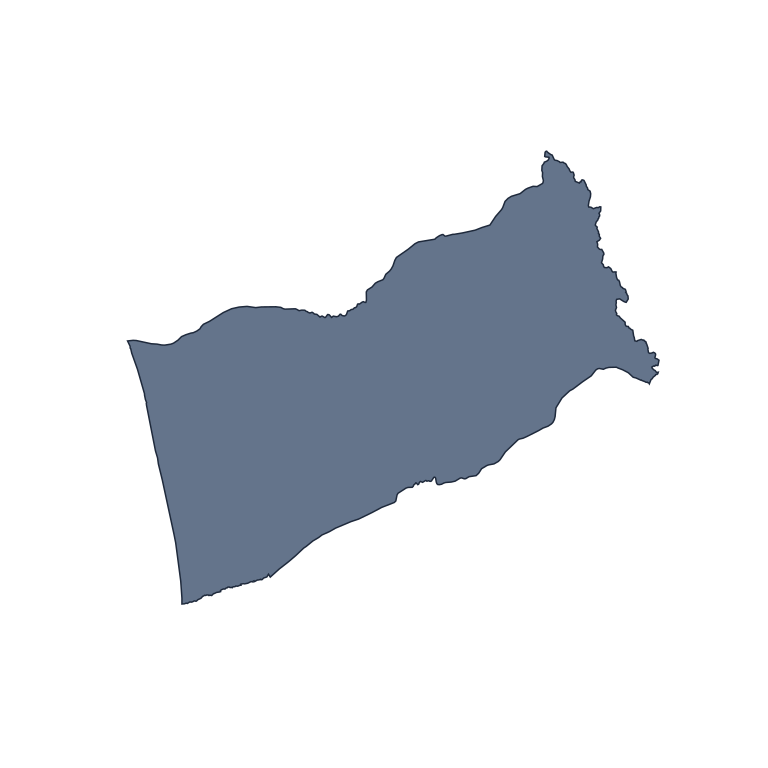 Ashburton District, Canterbury, New Zealand, rotated 108°
{"feature_id": "76426892B67490392619743", "entity_name": "Ashburton District", "entity_type": "district", "adm_level": 2, "iso_a3": "NZL", "parent_name": "New Zealand", "parent_adm1": "Canterbury", "projection": "orthographic", "projection_center": [171.372, -43.643], "detail": "fine", "context": "isolated", "style": "filled", "palette": "slate", "viewbox_px": 768, "rotation_deg": 108, "n_neighbors": 0, "source": "geoboundaries", "source_scale": "gbopen_adm2", "svg_char_len": 6171}
<svg xmlns="http://www.w3.org/2000/svg" viewBox="0 0 768 768"><g transform="rotate(108 384 384)"><path d="M118.4,285.8L118.0,288.4L118.3,290.5L118.0,291.4L114.3,294.8L114.2,296.6L113.7,297.7L113.6,298.6L112.7,300.7L112.3,301.2L112.8,302.0L113.8,302.4L117.9,301.5L118.1,300.7L117.4,297.2L118.0,296.7L120.4,297.1L121.9,298.2L123.5,300.1L124.8,300.1L127.6,301.1L132.1,299.9L133.9,298.5L137.7,297.5L141.2,295.3L143.4,295.0L144.4,295.3L148.9,299.4L149.9,303.3L153.3,307.7L155.2,309.6L160.9,313.4L166.1,320.8L169.1,323.4L172.9,325.3L179.5,325.6L181.8,326.1L190.1,329.6L200.1,332.4L204.9,339.2L209.5,344.8L216.1,356.1L220.0,363.6L220.3,364.7L224.3,370.9L224.5,371.8L223.6,374.1L224.0,375.0L225.8,377.1L228.8,379.5L230.6,380.4L238.2,395.1L241.0,397.9L248.3,402.6L259.8,411.3L263.0,411.9L268.9,412.0L272.5,412.7L274.9,413.6L279.1,416.2L283.6,416.7L285.2,417.3L288.6,421.4L290.8,423.4L295.5,425.4L299.6,428.8L301.9,429.3L309.7,426.6L312.0,426.5L312.3,427.2L312.1,429.1L312.9,430.1L315.5,432.0L315.8,433.3L316.2,433.8L319.0,433.9L320.2,434.8L320.7,435.7L322.6,436.7L323.3,438.2L324.9,439.3L325.8,441.1L329.7,441.2L331.1,442.1L331.6,442.8L331.8,444.5L331.8,445.2L331.0,446.6L331.2,447.3L333.7,448.4L334.7,450.0L335.1,453.2L336.9,454.4L335.2,457.3L335.1,458.1L335.4,459.1L338.7,460.2L339.1,460.7L338.5,463.7L338.8,464.4L340.1,465.6L338.5,469.4L339.0,471.9L338.4,472.9L338.0,474.6L339.4,476.4L339.3,478.4L338.9,479.2L338.9,480.6L338.3,482.1L339.2,485.2L340.5,487.4L339.9,490.4L339.9,491.7L343.4,501.3L343.5,503.2L343.0,505.8L344.0,510.8L348.6,524.4L351.0,529.6L352.5,538.2L355.6,545.6L359.5,552.2L365.7,558.9L378.4,569.4L383.0,574.2L386.0,575.6L388.4,576.1L391.5,578.4L394.2,581.3L395.2,583.3L398.3,587.6L401.5,591.2L406.0,593.5L410.2,596.8L411.9,598.9L414.8,604.6L415.6,607.5L416.2,612.2L417.6,617.6L419.2,633.1L420.0,636.1L422.3,641.2L426.6,637.1L428.3,636.5L428.7,635.8L432.7,633.4L446.2,623.0L467.4,608.7L468.4,608.4L472.5,606.1L475.1,604.0L475.8,604.1L477.6,603.3L518.2,580.7L524.3,576.5L529.7,573.9L543.6,565.3L591.8,537.3L599.5,533.0L634.3,516.4L650.1,510.0L655.7,508.2L654.7,505.8L653.6,504.5L653.5,503.2L651.3,501.4L651.0,499.8L650.3,498.7L648.9,497.4L648.7,495.7L648.3,495.2L646.7,494.4L644.4,491.9L641.9,490.8L641.4,490.1L640.4,489.4L640.2,488.2L639.6,487.7L639.0,486.1L639.3,485.1L638.7,484.5L638.4,482.5L636.0,481.3L635.7,480.6L634.0,478.9L632.6,476.1L631.9,475.2L631.1,475.7L629.9,475.0L628.5,473.3L628.2,471.9L626.7,471.0L626.2,470.0L625.5,469.8L624.9,468.5L625.2,467.4L624.6,466.5L624.7,465.4L623.4,464.8L622.9,463.2L622.0,462.6L621.5,460.6L620.1,459.0L619.5,457.8L618.7,458.4L618.5,458.2L617.4,456.1L617.2,454.9L615.6,452.0L613.0,449.4L612.8,447.8L612.6,448.0L611.3,446.8L611.9,446.0L609.6,443.9L609.0,442.4L607.9,441.1L607.8,440.9L608.2,440.5L607.7,439.5L605.7,438.5L603.7,435.8L600.6,435.1L602.8,432.5L592.2,426.4L582.6,419.9L574.6,415.0L564.9,409.7L562.5,407.8L555.2,403.1L550.2,398.7L546.7,396.3L541.3,390.3L536.1,385.6L525.1,372.9L520.3,366.4L509.8,355.5L502.1,348.1L493.5,337.6L491.6,336.6L485.6,337.3L483.6,336.9L476.3,331.0L475.0,329.3L473.5,325.2L472.3,324.6L470.5,324.4L469.3,323.5L468.3,323.3L468.2,322.6L469.3,320.8L468.6,320.1L466.6,319.9L465.4,319.2L465.6,316.9L462.9,314.6L462.8,314.1L463.2,313.2L462.2,311.6L462.4,310.3L462.1,309.4L461.5,308.9L457.5,307.8L457.0,307.2L457.0,306.5L457.6,305.8L461.1,304.0L462.5,302.9L463.0,301.8L462.6,300.2L461.5,298.2L459.8,296.6L458.6,294.9L456.5,289.8L454.4,286.3L450.0,282.5L449.3,281.2L449.4,278.4L448.8,277.0L445.9,274.5L442.7,268.1L439.7,266.4L434.4,265.0L429.8,261.0L428.6,259.5L426.0,254.7L422.4,251.4L420.1,250.2L411.1,247.6L395.6,239.3L394.5,238.2L392.6,235.0L389.8,231.9L380.6,222.6L376.8,219.2L373.4,214.9L370.2,212.4L368.3,211.5L365.2,211.0L362.1,211.2L353.5,213.1L342.3,210.4L333.1,205.3L330.5,202.8L320.5,195.8L312.2,189.4L305.3,186.9L303.5,185.5L302.7,184.0L302.2,179.9L300.2,177.7L298.7,175.2L296.2,168.1L296.5,166.5L296.7,161.6L297.8,155.1L300.6,149.1L300.4,146.2L301.0,140.9L300.7,140.4L301.0,139.7L301.1,136.8L301.4,135.3L300.9,134.2L301.2,133.8L301.1,132.6L301.9,131.7L297.2,131.4L296.2,130.6L294.3,130.1L292.0,128.6L291.1,128.5L290.6,127.9L290.6,127.4L289.7,126.8L288.0,126.8L288.6,127.9L288.6,128.6L287.4,130.3L287.3,131.3L286.2,133.7L285.2,134.5L283.5,133.1L283.4,132.0L282.3,131.6L282.0,130.9L282.1,129.9L281.7,129.2L276.4,129.8L275.7,132.0L275.8,133.7L275.3,134.5L272.3,134.7L271.3,135.2L270.8,136.1L270.6,137.6L271.8,138.9L272.8,140.9L272.3,142.2L269.1,143.9L268.5,143.8L264.7,146.6L264.4,147.2L263.3,147.6L262.9,148.1L262.9,148.9L262.5,149.2L262.4,150.0L261.9,150.5L262.3,151.3L262.1,153.1L264.4,156.3L265.3,156.7L265.4,158.8L262.4,160.4L261.2,161.4L256.0,164.0L255.6,166.5L255.0,167.4L255.0,168.3L253.8,169.4L254.2,171.1L253.9,172.1L252.7,173.1L250.7,173.8L248.1,179.7L246.9,181.3L246.9,183.2L246.4,184.3L245.0,184.4L243.8,185.8L242.3,186.7L239.4,186.5L237.1,187.9L234.9,188.2L233.4,188.9L231.6,188.9L230.2,186.2L231.4,181.7L231.6,179.8L231.5,178.9L227.7,178.0L224.8,179.2L224.1,180.3L222.5,181.5L222.3,182.4L221.3,182.3L219.4,183.7L219.2,186.4L218.6,187.0L218.4,188.4L217.3,189.7L213.9,191.7L212.8,192.8L212.8,193.9L212.3,194.5L210.7,195.8L206.8,197.8L205.8,197.8L205.9,198.7L206.8,200.9L206.4,201.8L204.1,204.0L203.2,206.7L204.5,207.9L205.1,210.4L204.1,211.6L202.9,212.2L201.5,214.6L197.5,214.7L195.2,215.3L193.7,215.3L193.0,214.9L191.6,215.4L188.7,218.5L189.2,219.8L189.2,220.7L187.8,223.3L185.0,224.0L182.9,225.5L180.7,223.6L178.5,223.0L177.0,224.9L175.0,225.5L174.7,226.5L173.1,226.9L170.3,229.6L168.9,229.7L167.9,231.9L167.3,232.2L164.5,232.3L161.8,231.3L160.7,231.4L160.2,231.1L158.4,231.2L157.5,230.8L156.1,231.4L155.2,232.3L152.5,231.4L148.6,232.5L148.7,233.5L150.1,234.8L150.3,236.2L152.6,239.1L151.9,241.8L152.4,244.0L151.1,244.8L146.7,245.5L142.2,245.5L139.2,246.2L136.9,247.6L136.1,250.3L134.8,250.9L133.3,252.8L132.2,253.2L128.8,256.5L128.5,257.0L128.6,258.7L129.5,259.2L130.8,259.1L131.1,259.9L132.5,260.2L132.2,264.7L130.6,265.6L129.3,267.3L128.2,267.7L126.6,267.7L124.2,269.4L124.2,270.4L124.9,271.6L123.4,273.6L122.5,274.1L120.5,277.1L119.5,277.9L118.3,279.4L118.2,280.9L117.7,282.3L118.9,285.0L118.4,285.8Z" fill="#64748b" stroke="#1e293b" stroke-width="1.5"/></g></svg>